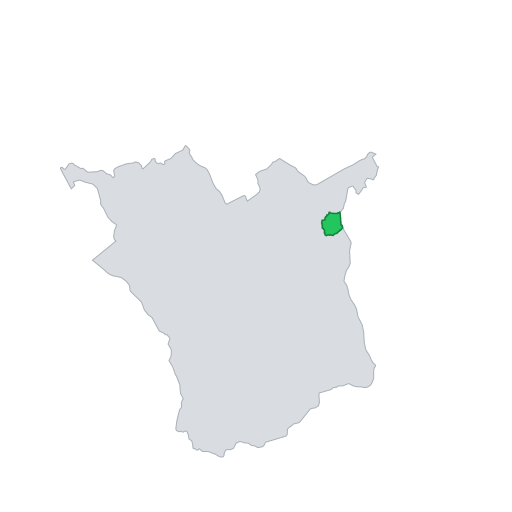 location of Kwamouth, Bandundu, Democratic Republic of the Congo, rotated 151°
{"feature_id": "63176286B12311619160810", "entity_name": "Kwamouth", "entity_type": "district", "adm_level": 2, "iso_a3": "COD", "parent_name": "Democratic Republic of the Congo", "parent_adm1": "Bandundu", "projection": "robinson", "projection_center": [16.578, -3.619], "detail": "fine", "context": "in_parent", "style": "filled", "palette": "green", "viewbox_px": 512, "rotation_deg": 151, "n_neighbors": 0, "source": "geoboundaries", "source_scale": "gbopen_adm2", "svg_char_len": 6879}
<svg xmlns="http://www.w3.org/2000/svg" viewBox="0 0 512 512"><g transform="rotate(151 256 256)"><path d="M401.1,331.6L371.2,337.0L371.8,338.9L371.5,340.9L370.7,342.5L367.6,346.7L363.1,350.5L363.0,351.4L365.3,355.7L366.7,361.6L366.2,372.0L366.8,374.8L366.7,377.0L365.1,379.4L362.0,391.9L363.9,398.0L369.8,403.6L373.2,407.8L379.0,409.3L379.9,409.1L380.3,405.6L385.0,404.3L384.7,426.5L384.3,427.8L383.5,428.1L382.4,427.3L382.0,425.2L380.8,424.3L375.1,427.1L373.7,427.0L372.1,426.5L371.0,425.4L370.7,423.7L366.7,417.2L364.8,416.7L362.6,410.9L353.8,406.6L350.3,406.3L348.6,405.0L346.8,400.4L343.9,397.4L343.2,394.2L342.7,393.7L340.8,394.4L339.2,399.6L337.2,400.8L333.5,400.9L324.4,399.4L317.8,396.7L316.1,396.9L313.5,394.5L312.5,390.5L313.1,387.4L312.6,387.0L302.6,389.5L300.2,391.1L297.9,390.7L297.2,389.9L298.2,387.8L297.7,385.5L297.0,384.4L294.1,383.5L293.1,381.1L291.3,380.7L290.7,381.1L290.3,382.8L289.2,383.3L283.2,382.5L277.0,384.7L268.7,384.1L264.7,386.7L264.1,386.6L263.3,385.3L262.5,381.1L263.0,379.9L264.2,379.1L264.6,377.4L264.2,373.0L264.6,372.0L264.2,369.5L262.9,365.5L261.2,362.2L257.5,357.3L256.8,355.0L257.0,349.5L258.3,340.8L258.2,334.3L256.6,330.1L256.3,325.6L257.3,317.4L256.4,315.5L237.4,314.8L236.6,314.2L236.3,313.1L237.1,308.2L225.6,309.5L222.1,310.4L220.0,312.4L219.3,314.8L219.2,318.4L217.4,321.7L216.9,327.4L213.7,328.1L210.5,328.1L204.4,326.9L198.4,328.5L195.4,330.0L193.9,329.3L188.5,329.9L187.8,329.4L181.6,318.2L178.9,314.4L178.4,312.6L178.6,310.9L177.8,308.5L175.0,302.7L174.4,300.0L174.6,295.8L174.2,294.4L171.7,290.8L169.9,289.5L168.1,288.9L137.1,289.4L126.8,288.7L119.4,289.2L115.6,288.9L114.5,288.4L111.1,289.1L109.3,290.7L106.6,291.5L105.0,291.1L101.8,287.0L106.1,286.2L106.4,285.8L106.7,275.8L105.6,274.4L107.9,272.6L111.7,268.2L115.4,266.6L115.8,265.7L116.6,265.8L118.0,267.6L121.1,270.1L125.1,267.9L125.5,267.3L126.0,263.0L127.0,262.7L128.7,263.6L129.7,263.6L131.4,262.4L136.4,260.2L137.9,262.9L136.5,265.4L137.1,267.2L137.3,269.9L138.1,270.6L142.1,270.9L143.2,270.2L151.1,260.3L153.2,259.2L156.5,255.3L160.9,253.5L162.8,250.4L165.3,244.9L166.5,236.9L166.1,223.1L166.4,221.3L171.7,215.1L177.2,203.8L180.9,200.9L183.7,199.7L187.9,195.6L191.3,191.4L190.9,186.4L191.7,182.3L193.5,177.1L194.1,171.5L193.5,165.6L193.8,160.8L196.3,153.2L196.5,144.4L198.8,137.1L203.3,127.7L205.4,120.8L205.0,113.9L205.6,108.8L205.4,105.9L204.5,103.3L204.9,101.6L206.7,101.0L208.8,98.4L212.6,91.6L216.7,88.4L219.6,87.3L222.6,87.4L224.5,88.0L227.7,90.7L231.3,92.8L234.0,95.4L236.7,99.5L243.2,100.4L245.9,101.9L247.6,102.4L248.2,102.1L249.5,102.3L252.6,103.5L255.0,102.8L266.9,105.5L268.2,104.2L271.6,97.1L274.0,94.7L278.1,94.5L281.3,95.8L283.0,95.8L297.6,89.8L299.5,89.5L304.8,90.9L308.2,90.0L309.6,90.2L312.6,89.2L315.0,85.0L317.0,83.9L338.0,88.5L341.2,86.3L342.8,86.0L347.4,87.6L348.9,90.2L351.7,92.5L353.7,96.2L356.8,98.2L358.4,100.2L360.2,101.6L364.0,102.0L368.9,98.7L372.3,99.1L375.8,100.9L376.9,100.8L379.5,98.8L380.9,96.8L382.2,96.3L384.2,97.2L385.9,99.2L387.4,102.0L392.7,108.3L397.7,111.0L399.0,114.9L400.9,114.5L401.8,114.9L403.1,117.3L404.0,117.8L404.2,118.8L403.0,121.1L401.8,125.6L403.3,128.3L402.0,132.2L401.4,136.3L403.0,137.3L405.2,137.3L407.1,139.4L408.7,139.7L410.2,142.0L409.9,143.8L404.9,150.5L397.4,158.6L394.9,159.6L393.6,161.1L392.7,163.5L390.5,165.5L388.8,166.3L388.7,172.2L386.1,178.3L385.2,179.5L383.8,189.4L384.0,191.2L382.6,199.3L382.8,206.8L379.2,209.2L376.6,212.9L375.5,215.5L375.6,221.6L371.4,225.4L371.1,226.2L372.1,230.5L373.6,231.2L373.7,232.7L377.0,237.3L376.8,251.7L376.9,253.1L378.7,256.5L379.8,262.9L378.5,271.2L383.0,286.3L380.9,291.8L381.8,297.1L384.5,302.7L390.9,308.2L392.6,310.4L394.2,313.5L395.7,318.2L401.1,331.6Z" fill="#d9dde1" stroke="#a8b0b8" stroke-width="1"/><path d="M184.9,242.9L184.7,242.6L184.6,242.4L184.8,242.3L185.0,242.1L185.3,241.2L185.3,240.9L184.9,240.3L184.9,240.0L184.7,239.9L184.5,239.7L184.3,239.7L184.3,239.8L184.2,239.7L183.7,239.6L183.3,239.6L183.0,239.6L182.8,239.5L182.7,239.5L182.6,239.4L182.3,239.2L182.1,239.2L182.0,238.9L181.9,238.8L181.6,238.6L181.3,238.8L181.2,238.8L181.1,238.7L180.8,238.4L180.7,238.2L180.4,238.2L180.1,237.9L179.9,237.8L179.8,237.7L179.7,237.4L179.4,237.3L179.2,237.1L179.1,236.9L178.7,236.8L178.6,236.7L178.4,236.6L178.2,236.7L177.9,236.9L177.7,236.9L177.4,236.9L177.1,237.1L176.9,237.2L176.7,237.2L176.2,237.1L175.9,237.1L175.7,237.0L175.4,236.9L175.2,236.9L174.9,236.9L174.5,236.7L174.4,236.8L174.2,236.8L173.9,236.8L173.7,236.7L173.3,236.8L173.1,236.9L172.9,237.0L172.6,237.1L172.4,237.1L172.0,237.4L171.7,237.4L171.2,237.4L170.9,237.3L170.7,237.4L170.5,237.6L170.3,237.9L170.2,237.9L169.9,237.7L169.7,237.6L169.4,237.6L169.0,237.9L168.9,237.9L168.4,237.9L167.9,238.2L167.6,238.3L167.1,238.5L166.7,238.5L166.5,239.1L166.4,239.3L166.2,239.5L166.1,240.0L166.0,240.4L165.9,241.0L166.0,241.3L166.5,241.7L166.6,241.8L166.4,242.6L166.3,242.9L166.0,243.6L165.6,244.3L165.3,244.7L165.1,245.1L165.0,245.6L164.8,246.2L164.7,246.2L164.4,246.9L163.9,247.5L163.7,248.0L163.6,248.5L163.3,248.9L163.2,249.4L163.3,249.4L163.2,249.4L163.2,249.5L163.0,249.9L162.7,250.4L162.3,251.3L162.1,251.8L161.8,252.4L161.8,252.5L161.7,252.7L161.7,252.8L161.7,253.0L161.6,253.3L161.5,253.5L161.4,253.6L161.4,253.8L161.5,253.8L161.7,253.7L161.8,253.7L162.0,253.5L162.0,253.4L162.2,253.5L162.3,253.5L162.5,253.6L162.6,253.8L162.8,253.8L163.0,254.0L163.3,254.1L163.5,254.0L163.6,253.9L163.7,253.7L163.9,253.6L164.0,253.7L164.4,253.9L165.0,254.2L166.0,254.7L166.7,255.2L167.3,255.6L168.0,256.0L168.6,256.4L169.1,256.7L169.7,257.2L169.8,257.3L169.9,257.5L170.0,257.6L170.3,257.7L170.3,257.8L170.6,257.9L170.6,258.0L170.4,258.1L170.3,258.3L170.5,258.4L170.5,258.6L170.7,258.8L170.8,258.8L170.8,258.7L171.0,258.5L171.0,258.4L171.0,258.2L171.3,258.0L171.3,257.9L171.8,257.8L171.9,257.6L172.1,257.5L172.3,257.4L172.6,257.3L172.8,257.2L173.0,257.2L173.7,257.3L173.9,257.3L174.0,257.4L174.1,257.5L174.2,257.4L174.3,257.3L174.5,257.0L174.5,256.9L174.8,256.9L175.1,256.6L175.3,256.5L175.5,256.3L175.7,256.2L175.8,256.2L176.2,256.5L176.3,256.5L176.4,256.4L176.8,256.1L176.9,255.9L177.1,255.8L177.2,255.7L177.7,255.1L177.8,254.8L178.1,254.5L178.1,254.4L178.3,254.4L178.5,254.4L178.9,254.4L179.0,254.4L179.4,254.4L179.5,254.4L179.7,254.6L179.9,254.8L180.1,254.8L180.5,255.1L180.8,255.2L181.2,254.9L181.3,254.7L181.4,254.4L181.7,254.1L181.9,253.7L182.0,253.6L182.3,253.5L182.4,253.2L182.5,253.1L182.7,252.7L182.7,252.3L182.7,251.9L182.9,251.5L183.0,251.4L182.9,251.3L183.0,251.0L183.0,250.8L183.3,250.4L183.5,249.9L183.6,249.5L183.7,249.4L184.0,249.3L184.0,249.2L184.1,248.8L184.1,248.6L184.5,248.4L184.5,248.1L184.3,247.9L184.2,247.9L184.1,247.3L183.9,247.1L183.8,246.9L183.9,246.5L183.9,246.4L183.7,246.2L183.7,245.6L183.6,245.3L183.6,245.1L183.8,244.8L184.0,244.6L184.3,244.3L184.4,244.0L184.5,243.6L184.8,243.5L184.9,243.4L185.0,243.0L184.9,242.9Z" fill="#22c55e" stroke="#15803d" stroke-width="1.5"/></g></svg>